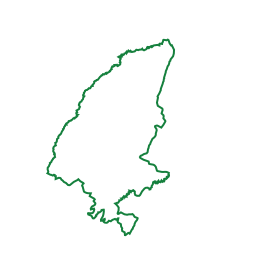 the district of Masi-Manimba, Bandundu, Democratic Republic of the Congo, rotated 27°
{"feature_id": "63176286B37254158064276", "entity_name": "Masi-Manimba", "entity_type": "district", "adm_level": 2, "iso_a3": "COD", "parent_name": "Democratic Republic of the Congo", "parent_adm1": "Bandundu", "projection": "robinson", "projection_center": [18.055, -5.013], "detail": "fine", "context": "isolated", "style": "outline", "palette": "green", "viewbox_px": 256, "rotation_deg": 27, "n_neighbors": 0, "source": "geoboundaries", "source_scale": "gbopen_adm2", "svg_char_len": 5860}
<svg xmlns="http://www.w3.org/2000/svg" viewBox="0 0 256 256"><g transform="rotate(27 128 128)"><path d="M104.7,50.9L104.3,52.0L102.5,53.1L101.9,53.9L99.9,54.5L99.2,56.7L97.1,58.4L96.6,58.3L96.2,58.8L95.1,58.1L94.4,59.4L93.2,58.9L92.8,61.9L92.0,61.1L91.8,62.5L90.9,63.4L91.1,64.3L89.9,66.3L89.2,65.2L88.8,65.5L88.8,67.4L89.7,67.6L88.8,68.5L88.3,67.9L87.8,68.0L87.2,69.0L89.9,69.3L90.1,69.6L90.1,71.4L91.4,72.8L91.0,73.3L91.7,73.7L92.1,74.6L92.0,75.3L91.3,76.1L91.2,76.8L90.6,77.6L90.1,77.5L89.5,76.7L87.2,78.1L87.8,78.8L86.9,80.1L86.3,80.0L86.0,80.3L86.1,82.4L86.8,82.9L86.3,83.9L86.3,85.4L85.8,85.5L85.8,86.5L84.9,87.9L84.2,88.2L84.4,89.0L84.2,89.5L83.1,89.3L82.7,90.9L81.3,91.3L81.3,92.6L80.5,93.0L80.3,94.3L79.9,95.0L79.2,98.8L78.2,99.5L78.1,100.4L77.3,101.0L76.8,102.1L77.4,102.9L77.4,103.9L76.8,105.8L77.5,106.5L76.4,107.4L76.3,109.7L75.0,110.4L75.0,111.3L74.6,111.7L74.3,112.6L73.3,113.4L72.8,114.4L73.1,115.0L72.7,116.6L73.3,117.4L73.0,118.5L73.1,119.2L73.5,119.6L74.7,119.5L74.7,119.9L74.2,120.8L74.8,122.8L74.3,124.4L74.5,125.5L73.6,126.7L73.4,128.1L73.8,128.5L73.6,129.3L73.8,129.9L75.6,131.0L75.4,131.9L75.8,133.0L75.7,133.5L74.2,135.8L75.6,137.1L75.1,137.9L75.3,138.5L76.3,139.1L77.1,139.0L76.5,140.0L76.7,140.4L77.3,140.5L76.9,142.0L76.4,142.3L76.1,143.7L75.4,143.5L74.8,144.5L74.5,146.0L73.9,146.6L73.8,147.4L72.1,148.7L72.0,149.1L72.3,149.9L71.1,151.8L71.7,152.8L70.9,152.9L70.9,154.1L70.7,154.4L71.0,155.1L70.6,156.2L71.1,157.6L71.0,158.1L70.6,158.5L71.0,159.0L70.7,161.1L70.9,163.5L70.6,164.8L70.2,165.0L69.8,167.3L70.5,168.5L69.8,170.0L70.7,172.5L70.4,173.9L70.0,174.3L70.7,175.1L70.8,175.7L71.6,176.3L70.9,177.2L70.6,178.0L70.4,178.8L70.6,180.1L71.4,180.7L71.4,181.5L72.1,182.9L73.6,183.5L73.8,184.3L74.4,184.4L74.3,185.0L74.9,185.0L75.5,186.3L76.2,187.0L75.1,189.3L75.3,189.7L74.9,191.6L75.1,193.1L74.3,194.6L74.8,195.1L74.7,196.7L74.9,197.9L74.5,199.8L75.2,201.4L76.8,203.1L77.0,204.0L76.8,204.9L80.1,204.9L80.7,204.6L82.6,204.5L83.2,203.3L84.0,203.2L84.1,203.7L85.0,204.1L85.6,203.8L86.7,206.3L88.9,203.8L90.3,203.3L90.9,203.4L92.2,204.3L93.4,204.4L95.6,205.2L97.6,205.1L100.5,206.0L101.7,205.6L102.2,205.1L104.2,200.6L106.6,197.3L107.0,196.2L109.7,197.1L113.2,197.3L113.6,197.6L113.2,198.3L113.3,200.3L114.1,200.7L117.5,204.5L118.2,204.8L120.3,204.7L121.9,204.3L124.5,203.1L124.8,206.1L129.8,206.3L130.8,206.7L130.5,208.7L133.1,209.9L133.4,210.9L133.3,211.7L131.5,214.5L131.4,216.7L131.9,217.4L134.3,215.3L134.9,215.9L135.3,217.3L135.3,219.2L134.9,220.0L133.1,221.1L131.2,221.9L131.2,222.4L131.9,223.1L135.3,222.8L137.6,224.4L138.6,224.1L139.4,222.2L139.3,221.5L139.7,220.8L139.6,220.5L139.2,220.7L139.1,220.4L139.3,219.4L139.8,218.8L139.7,218.1L140.1,217.2L139.8,216.6L141.0,216.0L141.9,214.1L141.7,213.1L142.3,213.0L142.8,212.1L143.5,211.8L144.4,213.4L145.3,216.1L145.7,218.1L145.5,221.9L146.1,222.9L147.5,221.9L148.0,220.1L148.5,219.6L149.0,220.3L148.5,222.4L149.5,222.8L150.4,222.8L151.9,222.2L152.6,221.5L153.1,219.3L155.0,218.9L155.8,217.0L157.7,214.9L159.1,215.1L160.0,213.1L160.4,212.9L161.2,216.0L162.0,216.7L165.3,216.9L166.7,219.0L168.4,220.0L168.6,221.0L169.6,222.4L172.4,222.5L173.9,224.8L174.4,224.6L175.8,221.5L176.3,221.1L177.5,221.4L177.6,216.3L178.0,215.7L177.6,214.3L177.9,211.9L177.4,210.5L177.3,208.0L177.8,206.0L177.7,204.3L177.4,203.9L174.3,204.2L172.1,202.9L170.9,202.7L170.4,203.3L168.0,204.5L166.6,205.7L164.0,206.5L160.0,206.4L158.6,208.8L157.9,209.1L157.5,208.8L157.0,205.7L155.8,203.1L153.3,201.8L150.9,201.1L151.3,200.7L152.1,200.7L151.9,200.1L152.1,199.7L153.2,199.0L153.4,196.8L153.1,196.4L154.2,195.8L155.1,194.2L154.1,193.8L154.8,193.3L155.2,191.1L156.0,191.6L155.9,190.7L156.7,190.9L156.9,190.0L157.6,189.9L157.1,189.4L157.3,188.8L157.1,188.0L157.7,188.2L157.8,186.7L158.5,186.8L158.7,186.5L158.1,186.0L158.6,185.4L158.5,185.1L157.9,185.2L157.7,184.8L158.6,184.0L157.7,183.2L158.5,183.0L159.1,183.7L159.7,183.8L159.7,183.0L160.2,182.0L160.7,181.9L160.6,181.4L160.9,181.0L162.9,181.5L163.7,183.2L164.9,184.4L166.9,184.3L168.8,183.3L169.2,182.1L169.3,178.1L170.2,174.4L171.0,173.2L172.7,172.2L173.9,172.5L174.4,172.2L174.9,172.3L175.2,172.9L175.8,172.4L175.4,171.4L176.1,169.9L175.4,169.1L175.7,167.0L175.0,164.9L176.1,163.3L176.4,163.2L176.6,164.6L177.5,164.7L177.7,163.7L178.6,164.3L179.4,164.0L179.6,163.4L178.8,162.4L179.1,161.2L180.1,162.1L180.5,161.9L181.0,161.3L181.5,161.4L181.6,159.8L182.2,160.3L182.5,160.0L183.1,160.4L183.6,159.7L184.4,159.3L184.4,158.8L183.4,159.0L183.4,158.5L184.0,157.8L183.4,157.0L184.0,156.3L185.1,156.1L185.2,155.3L185.5,155.2L185.6,154.8L185.0,154.5L184.7,153.9L185.3,153.1L185.9,153.5L186.2,153.2L186.2,151.9L185.7,151.1L185.1,151.0L184.8,149.5L183.2,149.5L181.8,149.8L178.3,151.7L174.1,152.9L173.2,152.9L170.3,149.9L168.5,149.2L167.2,149.2L163.9,150.2L163.0,150.3L161.6,148.5L156.4,149.2L152.6,149.1L151.8,148.5L151.9,147.0L152.7,146.2L154.1,143.9L156.1,142.1L156.4,140.6L155.4,137.6L155.5,137.0L154.7,134.0L155.1,132.2L154.8,131.0L154.7,126.6L155.7,124.3L156.0,122.7L155.9,121.5L155.3,120.4L154.6,117.0L153.8,116.0L151.5,114.7L151.3,114.0L152.3,112.9L153.2,112.5L157.5,112.5L158.1,109.0L158.3,105.2L157.9,104.6L155.1,103.3L154.5,101.4L153.9,100.6L151.3,99.8L150.7,96.3L150.1,95.4L149.6,95.1L144.5,94.7L142.3,92.3L140.9,87.3L140.0,86.5L140.2,83.0L140.0,79.2L139.5,78.5L138.8,72.7L138.4,71.3L138.5,70.3L137.7,68.1L137.8,67.5L137.3,66.8L136.3,61.1L135.9,60.3L135.8,57.8L135.3,55.0L135.6,53.7L135.4,51.9L134.8,50.0L135.2,48.9L134.8,47.6L135.6,43.6L135.0,40.8L133.5,37.4L129.5,34.4L129.1,34.9L128.6,34.7L126.7,33.7L124.2,31.3L123.3,31.2L122.6,32.3L119.8,33.2L119.5,33.5L120.0,35.8L119.8,36.6L120.2,37.6L118.0,38.4L117.8,38.8L118.5,40.2L116.5,40.6L113.5,42.7L112.5,45.2L112.0,45.1L111.7,44.4L111.1,45.0L110.3,47.5L110.0,47.6L109.5,46.5L108.6,46.9L108.4,47.5L108.7,48.7L108.5,49.5L107.0,51.5L105.5,51.5L104.7,50.9Z" fill="none" stroke="#15803d" stroke-width="2"/></g></svg>